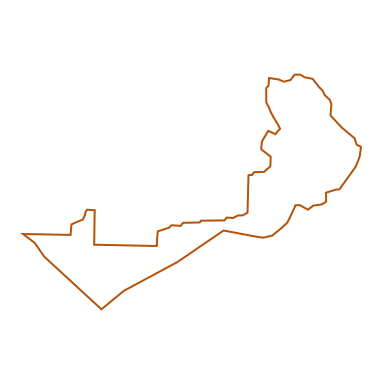 Koneurgenc, Tashauz, Turkmenistan (orthographic projection)
{"feature_id": "10190150B53844356403959", "entity_name": "Koneurgenc", "entity_type": "district", "adm_level": 2, "iso_a3": "TKM", "parent_name": "Turkmenistan", "parent_adm1": "Tashauz", "projection": "orthographic", "projection_center": [58.858, 42.114], "detail": "fine", "context": "isolated", "style": "outline", "palette": "amber", "viewbox_px": 384, "rotation_deg": 0, "n_neighbors": 0, "source": "geoboundaries", "source_scale": "gbopen_adm2", "svg_char_len": 1725}
<svg xmlns="http://www.w3.org/2000/svg" viewBox="0 0 384 384"><path d="M23.0,234.0L34.7,242.9L44.3,256.7L101.4,309.3L124.0,290.7L177.3,262.1L223.6,230.5L252.5,236.0L262.7,237.7L265.8,237.1L272.5,235.5L272.5,235.4L280.2,229.1L287.2,222.8L290.5,216.2L294.0,208.7L294.7,207.3L295.2,205.6L295.5,205.6L295.6,205.3L299.7,205.1L308.0,209.7L313.2,205.6L318.4,205.0L321.9,204.3L325.7,202.0L326.1,201.7L326.1,195.6L325.9,192.7L326.1,192.6L336.5,189.5L338.3,189.5L339.1,189.3L339.6,189.1L352.2,171.6L355.2,167.4L355.8,166.5L356.7,164.2L358.2,160.6L358.7,159.2L359.8,155.9L361.0,146.8L359.2,146.0L356.6,144.6L355.5,141.2L354.9,139.2L354.7,138.4L341.8,127.6L330.5,115.5L330.8,111.4L331.4,104.2L329.8,99.9L324.8,95.2L322.6,90.6L318.9,86.9L312.6,78.8L304.5,77.3L300.6,74.7L294.5,74.7L290.5,80.0L284.0,81.7L278.7,79.5L269.1,78.0L269.0,78.4L268.5,85.8L267.4,86.8L266.2,88.2L266.3,101.0L266.3,102.6L268.8,107.2L270.9,112.3L273.8,117.8L275.0,119.7L277.5,123.8L280.1,128.7L276.9,132.1L275.5,134.2L268.3,130.9L266.5,133.6L266.0,134.7L263.5,138.7L263.5,138.8L262.0,141.5L261.3,147.5L261.4,149.4L270.7,156.8L270.4,165.9L270.0,166.3L270.0,166.8L266.2,169.9L264.2,171.9L254.2,172.2L252.8,173.7L252.2,175.1L250.3,174.9L248.5,175.2L247.5,212.8L242.6,215.4L239.0,215.4L237.7,215.6L233.0,218.0L232.0,217.9L226.6,217.6L224.4,220.4L223.5,220.4L201.0,220.7L199.9,222.3L199.5,222.3L199.3,222.5L183.3,222.8L181.9,224.2L180.7,225.9L173.0,225.3L171.6,225.3L170.9,225.8L168.9,227.8L157.8,231.3L157.1,238.7L156.9,245.6L156.4,245.6L156.3,246.0L94.2,244.7L94.6,214.8L94.7,210.2L87.1,209.7L85.8,211.8L85.5,212.1L84.9,215.2L84.9,215.4L83.6,217.9L82.7,219.6L76.8,222.0L71.5,224.4L71.1,227.9L70.6,234.9L23.0,234.0Z" fill="none" stroke="#b45309" stroke-width="2"/></svg>